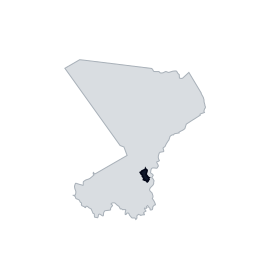 San, Ségou, Mali (highlighted), rotated 330°
{"feature_id": "8926073B15709511390037", "entity_name": "San", "entity_type": "district", "adm_level": 2, "iso_a3": "MLI", "parent_name": "Mali", "parent_adm1": "Ségou", "projection": "robinson", "projection_center": [-4.933, 13.109], "detail": "fine", "context": "in_parent", "style": "filled", "palette": "ink", "viewbox_px": 256, "rotation_deg": 330, "n_neighbors": 0, "source": "geoboundaries", "source_scale": "gbopen_adm2", "svg_char_len": 5062}
<svg xmlns="http://www.w3.org/2000/svg" viewBox="0 0 256 256"><g transform="rotate(330 128 128)"><path d="M55.7,186.0L55.7,185.1L55.1,184.5L55.1,184.2L55.4,181.8L55.4,181.2L55.7,179.9L55.3,179.4L55.2,179.0L54.2,177.4L53.8,176.0L53.3,175.1L52.1,174.9L51.7,175.6L51.4,175.7L50.9,175.2L50.8,174.7L50.8,174.3L49.2,172.2L49.3,171.0L49.9,170.4L50.2,169.5L49.6,168.3L49.7,167.3L49.6,165.7L48.7,164.4L48.1,163.8L47.6,162.9L48.0,160.8L47.1,159.0L48.8,159.7L49.6,159.0L50.4,158.1L51.1,156.9L51.4,155.4L51.6,154.1L52.3,152.1L53.1,151.1L54.8,149.7L55.3,149.8L58.0,152.8L59.6,154.3L60.2,155.1L60.7,155.1L61.5,153.7L62.3,152.4L62.7,152.1L65.5,151.9L66.9,152.2L68.2,152.5L70.1,152.6L74.9,151.7L75.0,151.1L74.9,150.4L75.2,149.8L75.6,149.3L75.9,149.2L76.0,150.9L76.4,151.2L77.6,151.3L113.5,151.3L115.0,142.4L112.4,139.2L103.2,44.7L120.3,44.7L123.2,46.8L178.3,88.3L178.6,89.7L178.5,91.5L178.9,92.1L179.7,92.7L182.9,94.5L183.1,94.8L183.2,95.6L183.6,96.5L184.3,97.0L185.1,97.4L186.0,97.7L188.8,97.9L189.4,98.4L190.7,100.0L191.3,100.3L195.2,101.2L196.4,101.7L197.8,102.4L198.5,103.1L198.5,105.7L199.0,107.3L199.0,107.8L198.4,108.4L198.3,108.9L197.6,110.3L197.7,110.8L199.1,111.8L199.7,112.1L200.5,112.1L208.5,110.3L208.9,134.4L208.6,134.8L208.5,139.1L207.9,141.6L206.9,143.5L206.2,146.2L205.9,146.8L205.6,148.4L205.0,149.3L204.0,149.6L202.1,151.4L202.0,152.8L197.6,152.0L197.3,152.1L197.1,152.3L197.1,153.0L185.9,153.5L180.4,153.8L176.9,157.0L174.7,157.3L171.9,157.1L170.4,157.1L169.9,157.2L169.8,157.8L165.3,156.2L163.7,156.7L163.4,156.5L163.2,156.2L162.4,156.0L161.1,156.1L160.2,156.3L157.3,158.9L155.8,159.5L153.0,161.0L151.0,162.4L150.3,162.6L149.2,162.7L148.3,162.9L147.5,165.9L146.9,166.2L143.5,165.0L142.9,165.2L142.3,165.5L140.4,167.2L139.5,168.6L138.9,170.5L139.0,171.7L138.7,172.0L137.8,172.1L136.3,171.7L135.8,171.9L135.6,172.8L135.6,174.8L135.3,176.1L134.3,176.6L133.6,177.1L133.0,177.2L132.6,177.1L129.8,175.1L128.9,174.8L127.9,175.0L126.9,175.8L125.2,177.9L125.3,178.7L125.8,179.6L126.2,180.6L126.2,181.6L123.7,183.0L124.2,184.0L124.2,186.7L123.0,188.0L122.6,188.8L121.5,189.7L120.5,190.1L117.5,190.9L116.3,191.7L115.7,192.4L115.6,193.2L115.7,194.1L116.3,195.9L116.1,197.5L115.6,199.4L115.1,200.3L113.7,201.3L113.9,202.5L114.0,204.3L113.8,206.6L113.4,208.2L113.1,208.0L111.7,208.1L110.2,208.6L109.7,209.0L109.6,209.5L108.3,210.8L107.5,210.7L106.7,210.4L106.3,210.0L106.3,209.8L106.8,208.8L106.8,208.5L106.3,206.7L106.4,206.2L106.2,204.9L104.5,205.4L104.4,205.7L104.7,206.5L103.9,206.7L103.1,206.4L102.2,205.6L102.0,205.8L101.9,206.5L101.9,207.2L102.1,208.6L101.9,209.0L100.5,208.9L99.3,209.1L99.0,209.6L98.9,210.1L99.2,210.7L99.1,211.0L98.7,211.3L98.4,211.3L97.8,210.7L95.2,210.0L95.0,209.1L94.7,209.1L93.9,208.0L93.6,208.1L93.3,208.2L92.3,208.2L91.4,209.1L90.8,210.3L90.1,210.9L89.0,211.1L89.2,210.4L88.9,209.3L86.7,208.0L86.3,207.5L85.8,204.5L85.8,203.7L86.0,202.9L85.9,202.3L85.7,201.8L85.0,201.4L84.3,201.2L83.4,201.8L83.0,201.9L82.6,201.8L82.4,201.6L82.4,201.3L83.4,199.7L83.9,199.1L84.8,198.3L85.0,197.9L85.1,197.6L85.0,197.4L84.4,197.1L83.4,196.4L82.9,196.3L82.4,196.0L82.0,194.8L81.8,194.6L81.3,194.5L80.9,194.2L81.0,191.4L80.0,189.3L79.2,186.6L78.8,186.0L78.0,185.5L77.1,185.1L76.2,185.0L75.3,185.3L75.3,185.5L75.8,186.4L75.9,186.9L75.8,187.3L75.7,187.6L74.4,187.9L72.7,188.9L72.1,190.0L71.7,190.2L71.1,190.0L66.6,188.1L64.7,189.0L63.5,190.6L63.2,191.2L62.6,191.6L62.3,191.6L62.0,191.3L60.7,188.8L60.1,188.2L59.4,188.2L58.8,188.6L58.2,189.4L57.4,190.2L56.9,190.5L56.5,190.3L54.6,188.6L54.5,188.3L55.4,186.3L55.7,186.0Z" fill="#d9dde1" stroke="#a8b0b8" stroke-width="1"/><path d="M119.8,172.2L119.3,172.1L119.1,172.2L118.9,172.2L118.7,172.1L118.4,172.1L118.2,172.5L117.6,172.5L116.9,172.7L116.6,172.4L116.4,172.4L116.3,172.5L116.5,172.8L116.3,173.0L116.4,173.5L116.3,174.6L116.8,175.2L117.0,175.6L116.8,175.8L116.7,176.0L116.3,176.7L116.2,177.1L116.5,177.5L116.5,178.0L116.3,178.5L116.3,178.9L116.6,179.5L116.5,179.8L115.5,180.4L115.6,180.5L115.7,180.8L115.8,181.0L116.0,181.3L116.1,181.5L116.3,181.5L116.3,181.4L116.4,181.5L116.5,181.6L116.7,181.8L116.9,181.8L116.9,182.0L117.1,182.0L117.2,182.3L117.3,182.4L117.4,182.5L117.4,182.8L117.5,183.0L117.4,183.1L117.5,183.5L117.5,183.8L117.6,184.1L117.6,184.3L117.8,184.4L118.0,184.2L118.1,183.6L118.1,183.4L118.3,183.4L119.0,183.4L119.1,183.9L120.0,183.3L120.7,183.0L120.7,182.4L120.7,182.0L120.9,181.8L121.1,181.7L121.2,181.4L121.3,181.4L121.2,181.3L121.1,181.2L121.1,180.9L121.1,180.7L120.9,180.5L120.9,180.4L120.9,180.2L120.8,179.8L120.8,179.7L120.7,179.7L120.7,179.4L120.5,179.1L120.5,178.9L120.7,178.7L120.6,178.4L120.7,178.0L120.6,177.8L120.5,177.6L120.4,177.5L120.3,177.4L120.5,177.2L121.2,176.6L121.6,176.0L121.8,175.9L121.9,175.7L122.1,175.7L122.4,175.4L122.6,175.1L123.2,174.7L123.2,174.4L123.2,174.2L123.5,173.9L123.4,173.6L123.1,173.5L123.1,173.0L123.0,172.5L122.7,172.5L122.9,171.9L122.9,171.7L122.8,171.8L122.7,171.9L122.6,172.1L122.4,172.3L122.2,172.3L121.9,172.3L121.6,172.4L121.2,172.3L120.8,172.2L120.5,172.3L120.2,172.2L119.8,172.2Z" fill="#0f172a" stroke="#020617" stroke-width="1.5"/></g></svg>